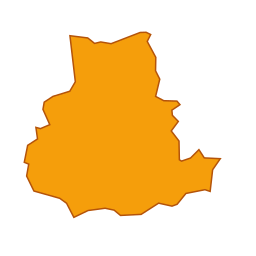 the border of Ballymoney, rotated 280°
{"feature_id": "GBR-2101", "entity_name": "Ballymoney", "entity_type": "District", "adm_level": 1, "iso_a3": "GBR", "parent_name": "United Kingdom", "parent_adm1": "", "projection": "orthographic", "projection_center": [-6.415, 55.03], "detail": "fine", "context": "isolated", "style": "filled", "palette": "amber", "viewbox_px": 256, "rotation_deg": 280, "n_neighbors": 0, "source": "natural_earth", "source_scale": "10m", "svg_char_len": 813}
<svg xmlns="http://www.w3.org/2000/svg" viewBox="0 0 256 256"><g transform="rotate(280 128 128)"><path d="M79.8,219.9L80.6,214.5L73.6,196.4L61.4,189.6L58.7,184.9L59.3,171.2L45.2,155.9L40.6,135.8L44.7,128.6L45.0,119.4L39.8,103.0L30.6,90.2L43.2,80.6L46.9,73.0L49.6,46.3L63.1,36.5L75.2,36.5L76.2,31.8L93.5,32.2L101.5,40.8L112.6,37.2L112.2,41.9L117.7,50.4L131.6,41.0L138.9,41.0L146.1,48.6L154.1,64.3L164.4,68.1L208.8,54.8L209.7,72.7L205.5,80.4L208.0,86.2L208.1,96.7L224.2,123.4L225.4,129.2L224.0,134.1L216.6,131.9L202.4,143.1L189.1,145.2L181.6,150.8L163.9,149.7L161.1,158.5L163.0,171.5L160.0,175.1L153.2,168.1L148.2,169.5L143.2,176.4L132.6,171.1L124.0,180.5L105.6,184.1L104.7,186.5L109.3,194.8L119.0,201.6L111.8,208.3L113.8,224.2L101.6,218.6L79.8,219.9Z" fill="#f59e0b" stroke="#b45309" stroke-width="1.5"/></g></svg>